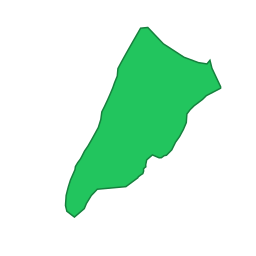 Anambra West, Anambra, Nigeria (Albers equal-area conic projection), rotated 37°
{"feature_id": "59680162B97377368460903", "entity_name": "Anambra West", "entity_type": "district", "adm_level": 2, "iso_a3": "NGA", "parent_name": "Nigeria", "parent_adm1": "Anambra", "projection": "albers", "projection_center": [6.767, 6.387], "detail": "fine", "context": "isolated", "style": "filled", "palette": "green", "viewbox_px": 256, "rotation_deg": 37, "n_neighbors": 0, "source": "geoboundaries", "source_scale": "gbopen_adm2", "svg_char_len": 1098}
<svg xmlns="http://www.w3.org/2000/svg" viewBox="0 0 256 256"><g transform="rotate(37 128 128)"><path d="M78.0,40.7L79.9,55.9L81.7,69.7L83.1,79.7L84.2,86.6L85.0,87.9L88.2,93.0L90.0,99.8L91.7,105.1L93.5,112.2L94.8,117.8L94.9,118.2L95.0,118.7L95.9,123.0L96.3,124.9L97.4,130.9L101.2,137.6L103.7,144.6L104.0,145.4L104.6,149.5L105.1,152.9L106.1,160.0L106.9,166.4L107.2,172.7L108.3,178.8L108.7,181.6L108.7,185.8L109.2,190.4L110.8,193.3L113.3,203.9L114.1,206.2L115.7,210.7L117.2,214.4L119.2,219.1L121.0,221.8L123.5,225.7L124.8,227.6L129.3,231.3L138.8,231.4L141.2,220.6L141.6,218.7L140.2,213.3L139.3,204.0L140.3,195.4L161.6,176.1L165.8,161.9L165.6,160.7L166.5,157.6L167.3,155.5L166.4,153.0L165.0,151.3L165.2,149.5L165.6,148.3L164.3,146.8L162.1,142.2L163.7,134.8L170.7,133.1L172.5,131.7L173.5,128.4L175.1,126.6L176.1,119.1L174.5,110.8L174.3,103.8L173.1,95.8L171.3,88.6L166.6,81.4L166.6,75.9L167.4,70.5L170.3,60.4L171.1,55.0L178.0,40.5L177.9,40.3L177.1,39.3L159.1,29.8L152.7,24.6L152.5,29.3L144.9,33.4L130.1,37.8L105.5,39.5L83.3,35.8L78.0,40.7Z" fill="#22c55e" stroke="#15803d" stroke-width="1.5"/></g></svg>